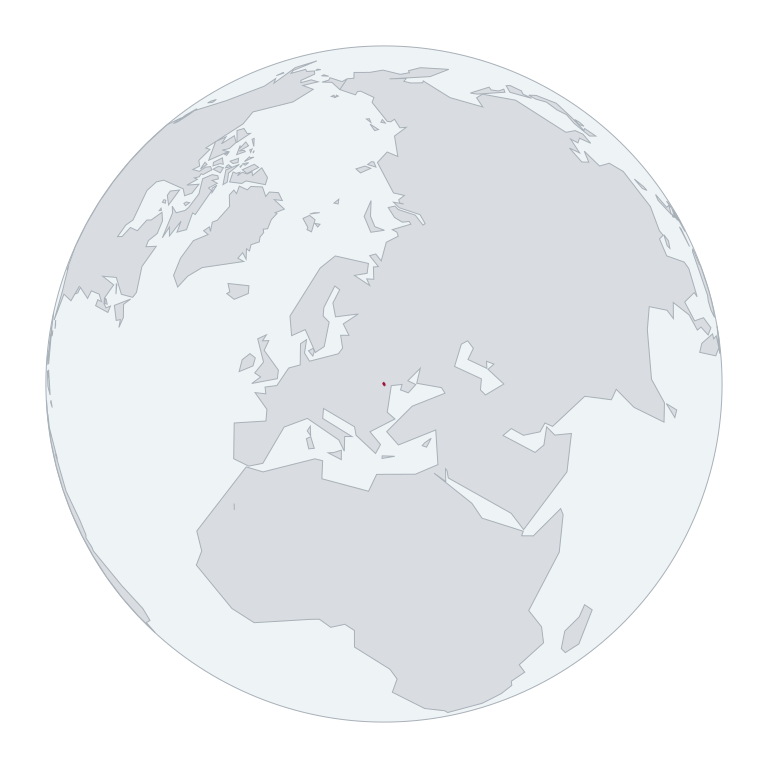 Stîngă Nistrului on an orthographic globe, rotated 340°
{"feature_id": "MDA-1628", "entity_name": "Stîngă Nistrului", "entity_type": "District", "adm_level": 1, "iso_a3": "MDA", "parent_name": "Moldova", "parent_adm1": "", "projection": "orthographic", "projection_center": [29.192, 47.279], "detail": "fine", "context": "on_globe", "style": "filled", "palette": "rose", "viewbox_px": 768, "rotation_deg": 340, "n_neighbors": 0, "source": "natural_earth", "source_scale": "10m", "svg_char_len": 11475}
<svg xmlns="http://www.w3.org/2000/svg" viewBox="0 0 768 768"><g transform="rotate(340 384 384)"><circle cx="384" cy="384" r="338" fill="#eef3f6" stroke="#a8b0b8"/><path d="M265.4,67.6L269.4,66.1L284.8,64.5L275.2,67.2L280.0,67.1L292.4,64.2L299.3,62.3L332.6,63.8L373.4,63.2L386.7,59.9L383.5,63.7L409.1,56.3L431.5,57.4L405.8,58.3L402.9,60.3L418.0,61.5L418.3,63.9L425.8,66.1L424.8,69.1L409.8,70.3L408.9,72.4L419.6,73.3L425.4,77.5L409.8,75.7L418.3,82.9L394.9,87.8L353.9,83.5L340.5,91.4L297.2,101.3L300.7,104.0L286.5,110.5L285.3,116.2L277.6,117.1L283.2,121.0L290.5,119.2L295.4,120.4L295.4,123.9L285.5,125.3L284.1,123.9L281.2,126.1L276.3,125.5L278.7,127.8L266.8,129.7L278.4,133.0L268.8,139.0L261.0,138.9L262.1,132.0L246.8,117.2L239.3,116.2L227.4,121.1L204.3,144.0L195.8,146.3L184.0,154.4L188.4,155.8L199.2,150.2L204.6,155.6L217.3,148.8L221.3,150.3L234.1,146.7L231.7,154.9L222.4,165.0L211.6,168.7L207.3,173.6L217.1,176.7L196.7,190.8L182.7,213.3L177.5,216.6L167.9,209.9L168.9,192.3L156.5,186.5L163.9,198.4L150.8,207.5L148.4,212.7L148.8,217.3L153.6,217.2L149.0,222.3L139.8,211.8L143.9,206.9L146.7,210.0L147.1,202.2L140.9,196.4L134.7,202.2L131.8,189.5L127.3,193.7L124.2,193.7L131.5,187.7L118.3,198.7L114.0,190.1L95.9,211.1L114.2,185.9L121.1,175.5L127.9,165.5L124.9,168.5L138.0,152.8L141.2,149.0L159.2,131.7L178.4,115.8L198.8,101.4L220.1,88.5L242.4,77.2L265.4,67.6ZM61.3,283.7L60.0,288.6L57.1,298.3L61.3,283.7ZM56.5,300.7L57.9,297.2L54.6,310.6L52.0,336.8L51.3,337.6L48.6,375.9L51.6,408.0L52.3,423.7L51.3,426.7L53.7,437.4L53.8,441.5L68.6,483.7L80.6,512.5L83.2,526.1L79.1,526.9L84.0,539.5L73.5,517.3L64.6,494.4L57.4,470.9L52.0,446.9L48.3,422.7L46.4,398.2L46.2,373.6L47.9,349.1L51.3,324.8L56.5,300.7ZM91.6,216.6L75.6,250.7L80.0,238.1L80.0,238.8L85.0,228.6L92.8,213.7L97.9,204.2L91.6,216.6ZM95.0,216.5L97.4,211.6L95.7,215.6L95.0,216.5ZM302.4,61.3L292.6,63.9L281.3,66.1L289.4,63.5L302.4,61.3ZM323.8,59.3L319.3,60.7L314.4,59.5L318.5,59.0L323.8,59.3ZM396.2,57.5L388.2,57.4L395.9,56.8L396.2,57.5ZM427.0,66.0L429.2,65.4L432.1,66.9L427.0,66.0ZM234.6,142.6L234.3,144.6L232.1,144.2L234.6,142.6ZM240.4,139.3L237.9,137.4L240.3,135.5L241.8,136.7L240.4,139.3ZM433.3,72.9L437.3,75.9L430.6,73.0L433.3,72.9ZM242.8,142.1L244.9,132.6L249.2,129.6L258.2,131.8L242.8,142.1ZM438.0,77.7L448.0,85.5L453.7,84.6L443.2,92.2L438.2,82.7L429.0,79.1L436.0,79.6L438.0,77.7ZM292.8,117.1L285.1,119.2L291.6,114.4L292.8,117.1ZM295.8,113.8L308.7,98.6L320.1,97.7L313.5,102.7L328.3,99.5L327.5,106.5L319.2,109.8L312.0,108.9L317.2,112.4L295.8,113.8ZM435.7,95.5L435.9,97.9L432.9,95.7L435.7,95.5ZM297.9,120.6L299.5,117.4L309.5,116.2L308.1,122.5L305.3,120.8L297.9,120.6ZM332.6,95.5L339.8,96.0L341.1,101.8L344.1,102.8L328.5,106.6L332.6,95.5ZM303.0,122.8L307.1,125.8L302.4,129.6L297.0,123.7L303.0,122.8ZM312.7,113.4L317.3,113.3L314.3,115.3L312.7,113.4ZM287.8,145.4L289.5,141.1L294.9,140.1L287.8,145.4ZM309.0,126.7L310.6,125.4L312.9,124.7L314.6,127.4L309.0,126.7ZM330.5,110.6L329.5,113.0L336.9,109.3L338.2,113.8L327.6,115.6L332.7,116.7L333.1,118.2L324.0,118.1L330.5,110.6ZM323.2,128.1L310.1,132.6L305.8,140.6L300.9,141.6L308.7,128.7L323.2,128.1ZM324.5,122.2L322.6,126.0L317.4,125.1L315.6,122.0L324.5,122.2ZM342.9,116.3L343.7,108.9L346.0,108.8L342.9,116.3ZM323.0,130.5L326.1,129.4L323.2,131.2L323.0,130.5ZM337.9,120.8L337.9,118.1L340.5,118.0L337.9,120.8ZM332.5,129.7L328.3,131.0L326.8,128.8L332.5,129.7ZM335.8,125.7L339.4,126.3L328.9,127.2L335.3,124.5L335.8,125.7ZM340.4,121.2L341.9,120.3L340.1,122.3L340.4,121.2ZM340.3,137.6L327.3,139.3L324.2,134.2L337.2,133.2L340.3,137.6ZM164.3,542.9L145.7,490.0L155.6,478.6L157.8,458.1L226.2,414.8L240.2,425.2L293.5,430.7L300.1,435.1L293.2,451.8L332.8,479.5L346.2,466.4L382.6,479.5L407.1,478.2L416.9,444.9L376.7,446.2L370.2,429.7L402.9,414.5L438.2,413.5L436.8,407.1L415.0,394.5L423.5,381.6L407.5,389.1L413.7,395.4L403.8,400.6L397.5,395.2L400.8,390.6L390.3,388.0L377.4,411.6L382.3,420.6L354.5,424.1L360.0,439.7L352.3,446.4L340.2,422.6L341.7,414.1L318.8,386.3L314.6,395.4L336.0,422.5L329.1,419.9L323.7,433.5L322.4,421.1L300.2,390.1L275.4,390.3L243.0,417.1L228.8,414.9L217.2,402.8L229.9,369.4L260.4,378.4L265.3,367.8L259.9,348.0L269.6,352.8L271.2,346.2L282.8,348.8L299.9,336.4L311.8,337.4L319.3,317.6L326.4,315.8L319.9,327.7L321.8,337.1L351.4,340.0L357.4,336.1L359.9,323.4L367.7,326.3L366.3,313.6L383.8,309.4L361.4,304.3L363.7,290.4L374.6,280.3L371.3,275.1L353.6,291.6L350.1,299.3L353.6,307.1L340.6,328.4L330.3,330.9L328.6,305.9L313.7,307.0L318.9,288.0L363.7,253.2L382.0,247.0L410.6,265.4L406.0,274.2L393.3,271.8L404.3,286.6L403.7,279.3L410.2,282.1L414.1,270.4L418.9,271.8L414.4,258.5L420.7,259.0L423.5,267.4L434.6,251.6L447.9,250.0L448.1,245.8L444.6,241.8L463.9,243.0L463.2,239.9L456.6,238.2L450.9,231.2L448.3,219.6L455.2,220.6L457.0,224.9L471.1,236.0L475.0,248.0L477.5,247.4L475.8,237.2L458.6,223.6L455.1,216.4L464.1,221.6L460.5,219.1L460.9,215.9L467.7,213.8L458.3,207.7L453.6,173.6L466.3,167.1L474.8,174.9L478.7,154.6L492.7,150.4L486.6,148.7L484.4,138.8L480.0,139.9L476.9,138.4L469.1,115.3L472.6,111.3L462.3,100.9L459.1,100.2L456.0,102.5L443.2,92.2L453.7,84.6L460.3,86.4L462.4,81.0L477.2,86.3L490.4,88.7L505.3,98.6L514.4,100.2L514.2,98.0L526.4,99.2L552.5,110.5L532.4,110.9L493.6,99.2L509.5,104.4L506.2,106.4L512.1,110.3L523.4,114.2L524.5,112.6L544.0,137.5L571.6,157.5L568.9,146.7L575.6,145.3L604.7,162.3L641.0,209.7L650.3,211.3L656.4,217.3L660.6,228.5L651.8,219.9L648.7,223.7L643.1,217.6L646.9,233.8L639.0,225.7L645.8,243.0L652.3,245.6L651.8,233.7L661.1,252.9L671.2,253.6L681.5,266.1L695.0,308.4L695.2,334.2L697.2,339.7L692.5,341.9L693.5,360.3L707.8,372.1L709.9,379.8L708.1,409.2L706.8,404.2L694.6,409.8L697.5,430.9L706.9,431.0L710.4,442.9L705.4,448.8L701.3,438.9L696.9,440.5L694.4,423.5L683.7,406.3L678.3,421.5L675.2,411.5L659.7,402.0L650.0,423.1L637.0,471.0L641.1,497.6L634.1,515.6L611.0,491.5L600.4,468.4L592.3,476.6L568.4,464.2L527.9,481.5L521.9,475.7L514.3,482.3L497.5,479.9L488.4,469.4L478.2,473.1L502.6,500.0L513.4,496.0L522.2,479.9L527.0,490.4L543.2,494.6L525.9,529.1L465.4,568.6L459.3,549.0L412.3,494.3L413.6,486.9L413.4,486.1L412.8,484.7L408.7,496.8L400.5,484.9L425.8,526.2L430.2,543.6L464.5,570.0L461.4,573.7L472.4,577.8L507.4,561.5L507.6,568.1L491.2,601.9L442.5,646.4L449.0,666.0L445.4,681.8L415.0,694.1L417.7,702.9L402.0,706.8L401.0,710.9L388.4,715.0L367.3,717.6L331.5,714.5L329.3,711.8L311.3,702.9L286.4,676.5L295.4,665.7L292.1,654.2L266.3,621.1L271.9,605.5L265.0,596.4L250.7,594.4L242.8,582.9L234.1,579.9L180.4,563.9L164.3,542.9ZM202.3,445.1L200.3,451.1L202.3,445.1ZM475.6,429.0L496.6,425.0L486.8,405.8L494.1,402.9L488.1,397.7L486.0,404.5L471.3,389.7L480.2,381.0L477.4,372.0L470.3,373.0L456.3,391.6L477.3,412.5L472.6,422.5L475.6,429.0ZM52.1,337.5L51.3,343.2L51.4,339.0L52.1,337.5ZM78.1,241.0L75.9,246.4L73.9,250.9L75.2,247.5L78.1,241.0ZM65.5,285.4L64.2,292.6L64.5,287.1L65.5,285.4ZM73.7,255.9L66.5,280.1L67.4,271.2L72.3,256.2L70.3,263.6L73.7,255.9ZM91.1,220.4L89.2,224.4L88.1,225.5L91.1,220.4ZM93.8,219.5L94.2,218.4L96.1,215.2L93.8,219.5ZM151.3,208.0L151.9,209.1L151.2,214.3L149.3,213.0L151.3,208.0ZM161.8,232.4L154.2,240.2L158.3,233.4L154.1,232.6L157.5,217.9L175.0,217.5L166.5,220.1L161.8,232.4ZM167.0,199.1L162.8,207.9L166.7,198.4L167.0,199.1ZM268.4,309.6L272.0,315.4L267.1,322.2L252.1,322.8L259.0,312.7L268.4,309.6ZM278.3,322.2L280.8,298.3L290.3,297.6L284.6,301.9L290.6,303.8L282.9,311.4L289.5,334.8L285.6,342.5L259.9,338.3L270.5,335.2L266.3,329.4L278.3,322.2ZM270.6,244.8L271.8,236.2L290.7,245.5L287.4,252.6L272.2,253.2L267.2,245.2L270.6,244.8ZM258.5,148.6L257.7,145.9L260.4,145.3L263.3,147.1L258.5,148.6ZM288.2,143.5L264.6,160.2L262.6,157.8L251.2,171.4L241.4,170.5L249.0,161.6L233.0,171.5L236.0,163.2L225.7,170.8L243.8,151.0L245.8,144.5L247.3,152.0L256.3,152.9L260.8,151.3L275.1,142.1L283.8,129.1L294.2,128.5L299.1,131.5L298.6,134.6L292.1,133.9L296.0,138.4L286.2,139.8L288.2,143.5ZM351.2,176.8L343.9,173.2L350.2,185.6L340.3,185.8L341.7,187.2L334.3,191.0L327.7,198.3L323.4,197.2L322.7,200.6L317.8,203.4L315.4,207.8L306.7,207.6L303.1,213.0L301.0,209.9L297.1,219.5L296.1,212.3L289.7,215.8L294.1,220.9L253.0,212.4L236.5,215.5L223.3,222.3L223.4,210.0L235.8,196.2L253.9,184.1L269.8,183.4L266.9,178.3L273.7,176.6L273.1,181.3L278.0,173.2L283.4,173.1L299.6,164.4L303.3,153.5L309.3,150.4L310.5,154.7L315.7,148.6L322.0,154.8L326.5,152.8L337.2,157.3L337.0,167.3L341.9,164.4L350.3,168.1L351.2,176.8ZM343.1,139.1L345.1,150.2L340.7,156.1L323.8,146.0L318.9,146.9L308.0,141.3L314.7,133.2L317.2,135.5L321.1,135.8L317.5,138.2L323.4,136.6L327.1,139.8L332.6,139.5L331.8,143.1L343.1,139.1ZM308.0,429.6L313.1,431.2L321.3,431.6L318.0,440.5L308.0,429.6ZM292.4,408.8L297.1,408.5L296.5,420.6L291.1,419.2L292.4,408.8ZM300.3,398.4L297.4,407.5L295.8,401.8L300.3,398.4ZM324.4,327.0L329.5,326.2L329.8,329.3L326.7,333.4L324.4,327.0ZM367.9,216.2L364.4,212.6L366.0,211.0L364.5,200.7L371.7,200.1L375.4,206.1L367.9,216.2ZM409.8,451.1L402.4,457.9L398.8,455.0L402.0,453.2L409.8,451.1ZM357.7,450.9L369.4,455.6L356.7,453.3L357.7,450.9ZM375.4,213.8L374.0,209.5L378.5,212.0L375.4,213.8ZM376.8,199.2L382.2,201.0L372.4,198.9L376.8,199.2ZM502.4,667.4L478.2,694.9L462.5,698.4L460.1,693.3L469.4,678.0L487.8,669.6L497.0,660.0L502.4,667.4ZM714.8,453.0L712.8,461.6L709.8,470.3L711.3,463.7L716.1,446.0L716.7,443.3L714.8,453.0ZM711.0,464.5L705.4,471.0L691.5,462.2L696.6,454.5L709.9,449.3L709.2,454.3L712.7,452.4L711.0,464.5ZM720.2,417.6L718.7,428.6L717.4,434.4L716.5,426.5L717.1,417.0L718.4,411.2L719.2,365.2L720.4,362.4L721.2,379.2L721.9,381.2L721.4,401.3L721.2,406.5L720.2,417.6ZM642.6,499.0L650.2,508.5L645.8,515.0L642.6,499.0ZM716.2,339.9L718.1,359.3L715.3,337.4L716.2,339.9ZM712.5,322.4L714.1,326.8L712.6,325.8L712.5,322.4ZM700.3,346.8L699.0,354.3L697.4,350.9L698.0,339.4L700.3,346.8ZM689.3,277.0L695.4,287.3L697.3,292.0L693.7,288.7L689.3,277.0ZM434.6,207.2L428.7,221.8L429.2,233.0L437.0,239.7L423.5,236.9L422.7,219.7L434.6,207.2ZM450.6,177.4L443.7,172.2L448.2,170.8L450.4,171.8L450.6,177.4ZM445.3,176.8L434.1,177.6L431.2,172.3L440.7,172.7L445.3,176.8ZM404.7,194.9L402.5,199.1L398.9,196.9L404.7,194.9ZM718.3,335.0L717.8,333.8L718.9,343.6L715.1,318.6L716.5,323.8L718.0,332.7L718.3,335.0ZM715.3,322.7L716.6,331.7L714.2,318.6L715.3,322.7ZM715.9,330.5L714.3,325.4L714.3,321.3L715.9,330.5ZM715.1,319.8L712.0,308.8L713.5,312.1L715.1,319.8ZM709.9,314.5L712.7,313.6L712.0,323.0L704.3,305.0L704.0,298.8L709.9,314.5ZM660.1,210.2L655.9,206.8L653.6,200.6L657.1,204.7L660.1,210.2ZM641.9,179.1L651.5,197.9L658.6,214.1L659.9,212.6L667.8,223.4L662.0,221.3L651.8,204.1L647.7,193.4L640.3,185.6L633.1,174.7L624.2,168.3L618.8,162.1L625.7,164.9L641.9,179.1ZM620.4,166.0L602.2,153.0L600.8,145.5L604.5,146.6L613.4,155.6L613.7,159.0L620.4,166.0ZM597.4,147.9L597.4,151.2L570.6,143.4L564.6,140.1L584.3,141.0L585.3,144.4L592.1,147.9L597.4,147.9ZM439.5,97.8L436.3,97.9L438.1,96.3L439.5,97.8ZM474.5,139.3L470.6,137.0L472.9,134.9L474.5,139.3ZM461.0,129.7L461.1,133.6L458.1,129.0L461.0,129.7ZM461.9,142.7L459.8,135.0L465.9,143.0L461.9,142.7Z" fill="#d9dde1" stroke="#a8b0b8" stroke-width="1"/><path d="M383.8,382.8L383.9,383.0L384.0,383.1L384.4,383.2L384.4,383.3L384.5,383.4L384.6,383.5L384.7,383.8L384.6,384.0L384.4,384.3L384.3,384.5L384.4,384.8L384.2,384.7L384.1,384.8L384.1,384.7L383.9,384.7L383.9,384.8L384.0,384.9L384.0,385.0L383.9,385.0L383.7,385.2L383.6,384.9L383.8,384.7L383.9,384.3L384.0,384.1L383.9,383.9L383.8,384.0L383.7,384.0L383.8,384.2L383.7,384.3L383.5,384.2L383.5,383.9L383.3,383.7L383.2,383.6L383.2,383.4L383.3,383.3L383.5,383.3L383.6,383.2L383.7,382.9L383.8,382.8L383.8,382.8Z" fill="#f43f5e" stroke="#9f1239" stroke-width="1.5"/></g></svg>